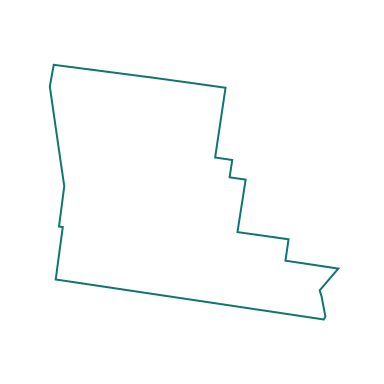 Morgan, Illinois, United States of America (Equal Earth projection), rotated 188°
{"feature_id": "52423323B44422856436283", "entity_name": "Morgan", "entity_type": "district", "adm_level": 2, "iso_a3": "USA", "parent_name": "United States of America", "parent_adm1": "Illinois", "projection": "equal_earth", "projection_center": [-90.262, 39.698], "detail": "fine", "context": "isolated", "style": "outline", "palette": "teal", "viewbox_px": 384, "rotation_deg": 188, "n_neighbors": 0, "source": "geoboundaries", "source_scale": "gbopen_adm2", "svg_char_len": 420}
<svg xmlns="http://www.w3.org/2000/svg" viewBox="0 0 384 384"><g transform="rotate(188 192 192)"><path d="M346.6,298.7L347.5,276.7L325.8,202.1L319.3,180.0L318.9,139.3L315.1,139.3L314.8,86.4L43.7,84.1L42.6,87.3L49.2,106.7L51.9,112.3L36.5,136.5L89.9,137.0L89.8,158.6L141.4,158.6L140.6,211.7L156.8,211.8L156.6,229.3L173.9,229.4L173.3,299.9L241.6,299.8L346.6,298.7Z" fill="none" stroke="#0f766e" stroke-width="2"/></g></svg>